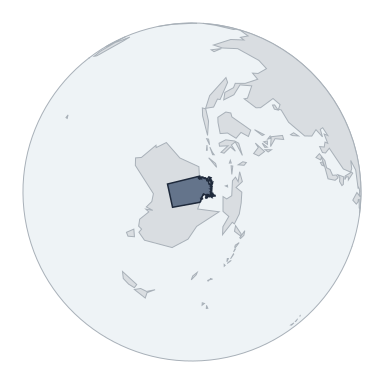 globe centered on Northern Territory, rotated 78°
{"feature_id": "AUS-2650", "entity_name": "Northern Territory", "entity_type": "Territory", "adm_level": 1, "iso_a3": "AUS", "parent_name": "Australia", "parent_adm1": "", "projection": "orthographic", "projection_center": [133.869, -18.484], "detail": "fine", "context": "on_globe", "style": "filled", "palette": "slate", "viewbox_px": 384, "rotation_deg": 78, "n_neighbors": 0, "source": "natural_earth", "source_scale": "10m", "svg_char_len": 10757}
<svg xmlns="http://www.w3.org/2000/svg" viewBox="0 0 384 384"><g transform="rotate(78 192 192)"><circle cx="192" cy="192" r="169" fill="#eef3f6" stroke="#a8b0b8"/><path d="M309.0,200.7L309.0,202.0L308.8,202.1L309.0,200.7ZM278.4,46.8L278.3,46.7L278.2,46.7L278.4,46.8ZM342.6,123.1L341.2,119.5L342.9,122.3L342.6,123.1ZM339.8,117.0L340.4,118.3L339.7,117.2L339.8,117.0ZM338.9,116.0L339.5,116.8L339.0,116.3L338.9,116.0ZM337.9,115.1L338.4,115.4L338.4,115.5L337.9,115.1ZM336.0,112.6L335.4,111.9L335.7,111.9L336.0,112.6ZM188.7,23.1L189.5,23.1L190.2,23.0L203.5,23.4L216.7,24.9L229.8,27.3L242.7,30.8L241.9,30.6L247.9,32.6L243.4,31.4L242.4,31.8L234.0,30.0L234.0,30.9L236.3,31.7L238.0,33.8L233.4,36.4L226.8,30.8L231.7,28.5L228.8,28.8L226.3,27.9L223.4,27.7L221.6,28.3L223.3,28.8L204.6,27.3L194.1,30.2L202.4,30.9L205.5,32.8L200.9,39.2L177.7,48.6L181.6,53.3L180.5,56.2L174.1,57.7L175.5,53.3L170.8,51.5L172.6,49.1L162.8,50.7L165.0,47.4L156.3,50.8L157.4,53.5L165.2,52.9L156.8,57.8L162.2,63.2L160.6,70.1L143.9,83.0L130.3,87.7L129.0,90.2L124.8,87.7L117.4,93.3L123.8,107.4L122.9,111.9L111.7,121.6L111.8,118.2L100.6,111.5L97.2,122.8L105.6,130.8L108.5,141.8L101.4,139.1L98.6,129.7L94.7,127.1L96.8,117.3L95.4,104.3L88.3,108.1L89.8,102.7L86.8,93.5L77.2,99.2L61.3,117.5L57.5,132.2L52.7,140.4L50.9,122.4L54.1,109.6L50.8,112.5L51.0,104.7L44.0,111.1L45.3,108.5L43.5,111.5L43.6,111.3L49.6,101.0L56.3,91.3L63.7,82.0L71.8,73.3L80.4,65.1L89.6,57.6L99.2,50.8L109.4,44.6L119.9,39.2L130.8,34.5L142.0,30.6L153.5,27.5L165.1,25.2L176.9,23.7L188.7,23.1ZM39.4,119.4L40.2,117.9L44.2,110.4L41.9,115.2L41.7,117.6L33.8,134.4L29.3,146.3L33.8,132.6L39.4,119.4ZM26.6,157.4L28.1,152.0L27.2,155.8L23.9,176.6L23.0,191.1L24.0,174.2L26.6,157.4ZM26.1,223.9L26.3,225.0L30.0,239.8L32.0,246.4L26.1,223.9ZM39.1,263.8L39.5,264.6L39.7,265.2L39.1,263.8ZM90.8,297.2L94.1,298.8L93.0,299.8L90.8,297.2ZM30.1,228.1L39.0,256.8L38.9,259.5L35.4,252.7L29.8,236.2L28.9,228.9L27.5,220.6L30.1,228.1ZM149.2,167.6L154.3,168.4L154.2,169.2L149.2,167.6ZM143.7,164.8L149.5,165.0L142.9,166.6L143.7,164.8ZM151.8,165.2L157.6,163.7L160.2,162.5L159.8,164.1L151.8,165.2ZM139.9,165.0L119.7,165.8L111.9,164.4L113.6,161.3L126.1,161.1L139.9,165.0ZM113.0,161.3L101.4,154.7L87.1,135.0L92.2,134.4L107.4,145.3L106.4,147.8L113.4,153.2L113.0,161.3ZM141.7,145.0L140.7,152.3L129.4,152.1L124.3,151.2L120.8,142.3L122.8,137.6L126.8,137.4L143.7,121.7L149.4,125.3L143.9,131.7L148.6,137.7L141.7,145.0ZM57.8,133.4L59.3,141.3L56.9,143.7L57.8,133.4ZM151.3,111.6L144.0,117.9L150.9,109.5L151.3,111.6ZM155.9,104.0L156.0,107.0L153.5,104.0L155.9,104.0ZM128.1,94.2L123.7,95.2L124.0,93.1L129.8,90.7L128.1,94.2ZM159.3,76.2L157.8,81.7L156.4,83.7L155.2,80.3L159.3,76.2ZM271.0,265.3L273.6,268.3L269.0,273.1L262.3,277.2L255.3,276.5L271.0,265.3ZM217.8,264.5L216.2,256.6L223.8,257.6L221.9,263.8L217.8,264.5ZM275.7,262.3L279.8,257.1L279.9,248.4L281.1,256.9L286.0,259.8L275.4,268.6L275.7,262.3ZM185.6,230.1L154.2,241.9L146.9,240.1L147.7,234.3L138.8,217.5L141.1,217.8L138.3,206.8L156.2,196.8L168.7,180.0L179.9,181.8L187.6,170.4L199.6,172.6L196.6,181.7L209.8,190.0L217.0,169.6L226.6,194.6L237.3,205.7L242.2,223.0L229.3,248.5L220.3,252.3L217.8,249.0L214.3,251.3L207.7,248.8L202.5,238.4L199.1,240.8L201.8,234.2L197.1,239.8L193.0,233.3L185.6,230.1ZM271.7,203.6L273.9,205.1L277.8,211.0L274.3,208.8L271.7,203.6ZM303.6,203.0L304.9,205.7L302.5,205.0L303.6,203.0ZM308.8,202.1L305.9,201.4L309.0,200.7L308.8,202.1ZM281.3,192.8L282.5,194.8L281.7,195.0L281.3,192.8ZM280.4,192.0L281.5,190.0L281.5,192.4L280.4,192.0ZM269.5,175.6L270.6,174.8L271.3,175.9L269.5,175.6ZM162.0,168.6L169.0,163.0L173.0,162.8L162.0,168.6ZM267.5,172.4L264.4,171.3L264.7,170.2L267.5,172.4ZM267.6,169.7L267.1,167.8L269.3,172.5L267.6,169.7ZM261.5,164.1L265.4,168.2L261.1,164.3L261.5,164.1ZM259.3,163.8L256.5,161.8L256.7,161.3L259.3,163.8ZM230.0,158.9L240.1,171.0L232.4,169.0L223.6,161.1L217.4,165.7L202.9,162.6L206.0,159.5L203.9,153.9L189.4,150.1L186.5,146.4L191.5,144.7L182.1,141.2L192.3,140.6L196.7,148.0L202.5,143.3L213.0,146.2L223.3,150.3L232.0,157.2L230.0,158.9ZM192.7,155.9L194.5,156.1L193.0,158.1L192.7,155.9ZM251.3,156.4L255.3,161.0L254.9,161.7L253.0,160.7L251.3,156.4ZM233.9,156.4L243.1,152.7L245.4,153.4L239.3,158.6L233.9,156.4ZM240.8,148.4L245.2,150.3L247.6,154.2L246.7,154.8L240.8,148.4ZM171.8,147.6L171.5,149.5L168.9,147.9L171.8,147.6ZM175.1,146.7L183.1,149.4L174.5,148.3L175.1,146.7ZM152.0,139.3L154.2,143.7L161.1,141.1L155.9,145.0L160.7,152.6L159.2,155.4L154.3,147.2L152.9,155.6L149.9,155.4L148.0,148.2L151.0,139.6L154.0,136.2L166.7,135.1L152.0,139.3ZM175.0,141.2L173.0,136.0L174.5,132.7L176.7,135.5L175.0,141.2ZM167.2,123.7L162.2,117.9L157.3,119.9L167.5,112.6L170.6,119.2L167.2,123.7ZM163.5,111.5L158.8,113.2L163.8,109.0L163.5,111.5ZM157.8,111.4L157.7,107.7L161.1,108.3L157.8,111.4ZM165.8,111.7L167.2,105.5L168.7,109.2L165.8,111.7ZM157.1,99.7L163.9,105.7L154.4,103.0L155.5,91.7L159.7,91.4L157.1,99.7ZM189.9,60.3L189.7,57.9L193.9,57.7L192.8,59.4L189.9,60.3ZM207.4,56.2L194.9,56.9L184.9,58.2L187.4,59.5L184.0,63.6L181.0,59.4L189.0,55.5L196.3,55.3L198.7,52.3L204.9,51.0L205.4,47.3L208.5,46.2L210.3,49.6L207.4,56.2ZM205.4,45.8L208.7,40.5L216.0,42.4L216.9,44.0L212.3,45.5L208.7,44.4L205.4,45.8ZM211.6,39.9L208.2,38.9L205.7,31.8L207.0,30.9L212.8,36.6L209.8,36.0L209.1,37.6L211.6,39.9Z" fill="#d9dde1" stroke="#a8b0b8" stroke-width="1"/><path d="M178.1,181.5L178.7,181.9L178.7,182.2L178.6,182.6L178.8,182.4L178.8,182.6L178.9,182.2L178.8,181.4L178.9,181.6L179.1,181.5L179.5,181.7L179.8,182.0L179.8,182.4L180.0,182.3L180.1,182.5L180.2,182.4L179.9,181.7L180.0,181.4L180.4,181.5L180.8,181.2L180.9,181.3L180.9,181.0L180.4,181.3L180.4,181.2L180.2,181.3L180.0,181.1L179.8,180.7L180.2,180.7L180.4,180.5L180.0,180.6L179.6,180.5L179.1,180.2L179.2,179.9L179.5,179.4L179.5,179.1L179.8,179.2L179.8,178.9L179.9,179.0L180.2,178.9L180.1,178.5L180.4,178.2L180.6,177.3L180.7,177.5L180.8,177.5L181.3,177.3L181.6,176.9L181.9,177.0L181.2,176.4L181.3,175.8L181.4,175.7L181.5,175.8L181.8,175.7L181.9,175.0L182.0,175.0L182.2,174.9L182.4,174.9L182.6,175.1L182.9,175.1L182.5,174.8L182.5,174.7L182.6,174.3L182.5,174.2L183.1,174.3L183.1,174.7L183.5,174.9L183.5,174.7L183.7,174.8L183.4,174.5L183.7,174.6L183.4,174.3L183.2,174.3L183.2,174.2L183.5,174.0L183.9,174.1L183.7,173.5L183.8,173.4L184.0,173.4L184.5,173.7L184.6,173.1L184.7,173.6L185.0,173.8L186.0,173.7L186.3,173.6L186.8,173.8L187.3,173.4L187.4,173.6L187.7,173.6L187.8,173.8L187.7,174.1L187.9,173.8L187.9,173.4L188.2,173.2L188.6,173.3L188.8,173.3L188.4,173.1L188.5,172.5L188.3,172.3L188.6,171.9L188.3,171.8L188.0,171.4L187.7,171.3L186.9,171.5L186.7,171.4L186.7,171.2L186.4,171.2L186.5,171.0L185.9,170.9L186.0,170.8L186.1,170.6L186.3,170.5L186.4,170.8L186.5,170.7L186.5,170.4L186.8,170.7L186.9,171.0L187.0,170.9L187.1,171.2L187.3,171.0L187.1,170.9L187.1,170.4L187.4,170.8L187.4,170.5L187.6,170.4L187.7,170.8L187.9,170.6L188.0,170.7L188.5,171.5L189.0,171.2L189.7,171.5L190.0,172.1L190.5,172.0L190.4,172.2L190.7,172.1L190.9,172.3L191.0,172.2L191.0,172.5L191.1,172.4L191.4,172.4L191.8,172.1L192.1,172.1L191.9,172.4L191.9,172.5L192.2,172.7L192.5,172.5L192.8,172.6L192.9,172.8L192.9,173.2L193.2,172.8L193.6,173.1L194.1,173.1L194.6,172.8L194.9,173.3L195.2,173.4L195.5,173.7L195.9,173.8L195.7,173.6L196.3,173.6L195.9,173.5L196.2,173.3L196.5,173.2L196.6,173.3L196.8,173.1L197.0,173.2L197.3,173.0L196.9,173.1L197.0,172.8L197.4,172.8L197.8,172.5L197.8,172.2L198.0,172.3L197.9,172.5L197.3,173.0L197.9,172.9L197.1,173.4L197.4,173.9L197.8,173.4L197.9,173.5L198.3,173.1L198.0,173.6L198.3,173.6L198.1,174.0L198.2,174.3L198.9,174.3L199.2,173.7L198.7,173.5L199.8,172.7L199.5,172.9L199.7,173.0L200.0,173.8L200.3,173.8L200.3,173.6L200.1,173.6L200.3,173.5L200.7,173.6L200.8,174.0L201.0,174.0L200.3,174.6L200.5,174.3L200.3,174.4L200.3,174.7L200.1,174.8L200.1,175.1L199.9,175.1L199.9,175.4L199.7,175.2L199.7,175.3L199.5,175.2L199.5,175.5L200.0,175.9L199.8,176.0L199.7,175.8L199.7,176.1L199.5,176.6L199.4,176.5L199.0,176.8L199.2,176.6L199.2,176.1L199.0,176.4L198.8,176.3L198.8,176.5L198.6,176.7L198.5,176.3L198.3,176.6L198.3,176.8L198.1,176.5L197.9,176.7L197.8,177.0L198.0,177.1L197.7,177.2L197.7,177.6L197.9,177.9L197.8,178.0L198.0,178.1L198.2,177.8L198.3,177.8L198.1,178.5L197.9,178.7L197.8,179.4L197.4,179.6L197.1,180.1L196.7,180.7L196.3,180.9L196.6,181.6L198.7,183.0L198.8,183.4L199.5,183.9L200.1,184.3L200.1,184.6L200.3,184.5L200.7,184.6L200.9,184.4L201.9,185.1L203.0,185.5L203.3,186.1L203.7,186.4L202.9,214.2L179.1,214.3L178.1,181.5ZM185.3,171.2L185.2,171.4L185.1,171.5L185.1,171.8L184.8,171.7L184.6,172.2L183.6,172.8L182.3,172.0L181.9,170.7L182.0,170.5L182.3,170.9L182.5,170.9L182.5,171.2L182.8,171.3L182.9,171.2L183.5,171.0L183.8,171.3L183.8,171.0L184.1,170.8L184.3,171.2L184.3,170.8L184.5,170.6L184.6,170.9L184.9,170.8L185.1,171.2L185.3,171.2ZM200.9,179.3L200.8,179.7L200.7,179.7L200.2,179.6L199.9,179.7L199.3,179.4L199.0,179.5L199.3,179.2L199.3,178.3L199.6,178.4L199.6,178.2L199.8,178.3L199.9,178.2L199.7,177.9L199.9,178.0L200.2,177.8L200.0,178.1L200.2,178.4L200.4,178.4L200.5,178.1L200.7,178.3L200.5,178.6L200.3,178.7L200.3,178.8L200.1,179.1L200.2,179.4L200.3,179.3L200.6,179.5L200.7,179.3L200.9,179.3ZM182.1,172.1L182.6,172.3L182.3,172.5L181.8,172.3L181.1,172.5L180.9,172.4L181.0,172.3L181.0,172.1L181.4,172.1L181.4,171.6L181.6,171.1L181.8,171.0L182.0,171.4L181.9,171.6L182.2,171.8L182.1,172.1ZM188.0,170.5L188.1,170.3L187.9,170.1L188.2,170.1L188.3,169.9L188.3,170.5L188.3,171.0L188.0,170.5ZM201.1,183.7L201.2,184.1L201.1,184.3L200.8,183.9L200.7,183.9L200.9,183.6L201.1,183.7ZM200.4,170.2L200.2,170.7L199.7,171.3L200.2,170.6L200.2,170.2L200.4,170.2ZM198.9,178.0L198.8,178.4L198.7,178.4L198.6,178.1L198.5,178.4L198.4,178.3L198.4,178.0L198.6,178.1L198.7,177.9L198.9,178.0ZM199.1,171.8L199.5,171.4L199.2,171.8L198.7,172.0L198.9,171.7L199.1,171.8ZM199.8,183.4L199.7,183.7L199.5,183.4L199.8,183.4ZM188.4,171.9L188.5,172.0L188.3,172.1L188.1,171.9L188.4,171.9ZM198.8,173.0L199.1,172.9L198.9,173.1L198.5,173.1L198.8,173.0ZM200.0,183.7L200.1,183.9L199.9,184.1L199.8,183.9L200.0,183.7ZM200.3,183.7L200.4,183.8L200.1,184.0L200.1,183.7L200.3,183.7ZM198.5,177.5L198.4,177.0L198.7,177.2L198.6,177.3L198.5,177.5ZM179.6,181.3L179.8,181.5L179.8,181.8L179.6,181.3ZM190.5,171.8L190.9,171.8L190.5,171.9L190.5,171.8ZM198.0,172.1L198.3,171.9L198.2,172.1L198.0,172.1ZM200.6,183.5L200.4,183.4L200.6,183.3L200.6,183.5ZM190.9,171.3L191.0,171.5L190.6,171.6L190.6,171.4L190.9,171.3ZM197.3,181.3L197.4,181.5L197.2,181.5L197.3,181.3ZM194.8,173.0L195.0,173.1L195.0,173.3L194.8,173.0ZM187.6,173.2L187.8,173.2L187.8,173.3L187.6,173.2ZM199.9,172.2L199.8,172.4L199.6,172.4L199.9,172.2ZM179.9,181.4L179.9,181.5L179.8,181.3L179.9,181.4ZM195.6,172.7L195.4,172.8L195.4,172.7L195.6,172.7ZM199.5,172.7L199.5,172.4L199.5,172.7ZM200.5,173.2L200.5,173.4L200.4,173.3L200.5,173.2Z" fill="#64748b" stroke="#1e293b" stroke-width="1.5"/></g></svg>